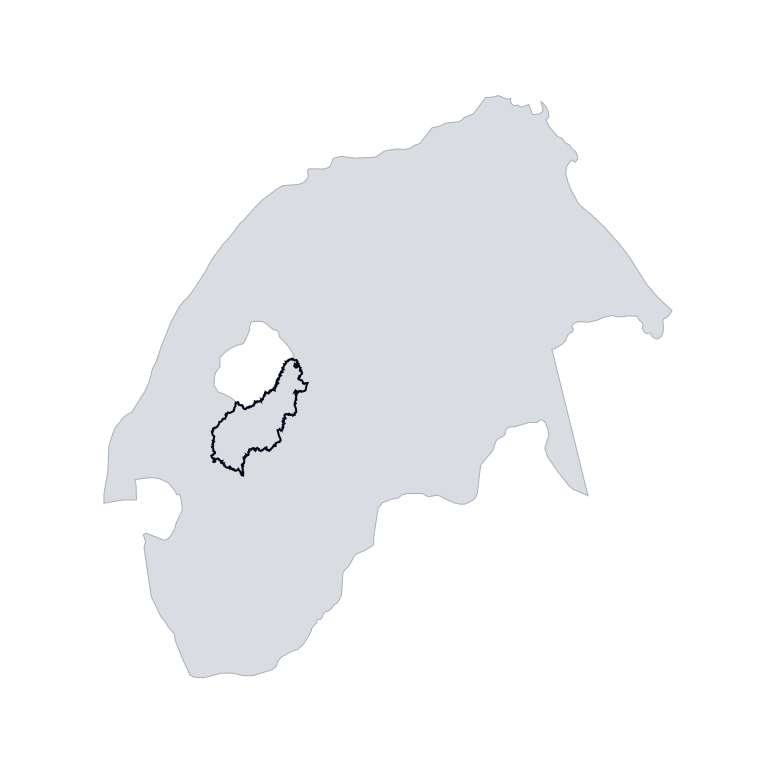 Thabo Mofutsanyane, Free State, South Africa shown in context, rotated 170°
{"feature_id": "47623444B5552574832417", "entity_name": "Thabo Mofutsanyane", "entity_type": "district", "adm_level": 2, "iso_a3": "ZAF", "parent_name": "South Africa", "parent_adm1": "Free State", "projection": "orthographic", "projection_center": [28.545, -28.29], "detail": "fine", "context": "in_parent", "style": "outline", "palette": "ink", "viewbox_px": 768, "rotation_deg": 170, "n_neighbors": 0, "source": "geoboundaries", "source_scale": "gbopen_adm2", "svg_char_len": 9783}
<svg xmlns="http://www.w3.org/2000/svg" viewBox="0 0 768 768"><g transform="rotate(170 384 384)"><path d="M543.5,122.1L563.9,119.5L573.0,121.1L583.9,125.7L594.2,127.4L611.5,126.1L617.5,126.9L622.2,128.5L625.6,131.0L630.2,148.4L634.1,167.1L633.9,173.1L634.5,175.4L639.2,183.4L640.9,188.4L643.7,192.5L649.4,212.5L650.1,216.0L648.8,264.1L646.3,269.9L647.1,277.5L644.2,278.4L627.6,268.3L624.6,268.6L619.8,272.1L615.3,277.6L613.2,282.4L604.5,295.2L603.7,303.4L604.3,310.5L607.1,310.8L609.0,316.0L613.5,324.1L621.1,329.5L628.2,332.0L638.1,332.9L646.0,332.9L645.7,327.4L647.9,312.9L661.0,315.1L680.5,315.2L678.8,324.7L671.1,346.1L665.8,370.3L659.7,382.4L656.3,387.4L646.7,396.1L641.7,398.9L637.6,399.8L621.3,417.6L615.2,426.2L609.6,438.8L604.3,445.7L596.4,460.5L582.8,482.3L571.4,496.6L566.4,500.8L563.0,502.6L554.1,511.0L541.6,524.4L532.1,536.3L518.0,549.8L509.8,555.8L497.7,567.5L494.3,569.3L480.7,580.2L470.9,586.9L455.2,594.8L448.9,597.0L433.8,595.3L427.6,596.5L422.5,601.2L422.2,607.9L420.0,608.9L406.1,606.2L400.5,606.9L397.3,610.5L394.8,615.1L386.9,615.6L372.7,611.4L356.1,609.2L352.3,609.1L344.4,612.8L341.7,613.5L330.0,613.2L323.4,611.4L317.3,611.7L312.7,613.7L307.0,614.6L292.3,627.9L284.4,628.3L277.6,630.2L265.4,629.3L261.8,630.3L258.4,632.7L250.2,634.2L247.2,636.2L234.2,648.5L228.4,647.7L221.2,648.1L212.6,642.7L209.5,643.3L210.1,641.5L210.1,638.2L206.9,635.2L203.7,635.6L201.8,633.1L196.9,633.2L192.9,634.3L191.1,624.0L189.1,623.1L184.2,623.3L181.8,623.8L180.8,624.9L179.7,627.4L180.4,634.7L178.5,632.7L176.1,628.5L175.0,623.9L175.2,618.3L178.7,615.9L176.9,609.1L170.0,597.5L166.2,595.2L162.8,589.3L159.8,587.3L158.2,583.1L155.1,579.9L153.6,574.5L154.8,571.2L157.0,569.3L159.7,571.8L162.6,570.4L166.5,566.1L168.5,559.9L167.7,550.2L166.5,544.3L161.6,529.0L159.6,525.6L150.8,515.2L140.3,501.1L126.5,478.6L119.6,465.0L108.4,437.3L99.4,421.9L88.8,407.8L87.5,406.9L88.7,404.9L93.3,401.0L95.4,399.8L96.7,400.1L97.7,399.0L98.6,396.6L98.9,391.2L100.7,385.3L102.5,382.7L106.7,380.7L110.3,382.5L111.8,384.4L112.7,387.1L114.3,388.3L116.6,388.0L118.4,389.5L119.7,392.8L119.7,395.3L118.5,397.0L118.9,399.0L120.9,401.4L123.2,406.8L132.4,408.8L137.5,408.7L142.3,409.7L147.1,411.8L154.5,411.7L164.6,409.6L173.2,409.5L180.0,411.4L184.9,411.4L187.7,409.7L188.9,407.4L188.2,404.5L189.6,402.6L192.9,401.5L195.4,399.2L197.2,395.4L201.7,392.2L208.9,389.4L212.6,389.2L202.5,238.5L216.6,247.9L220.0,252.5L227.4,266.2L235.2,283.1L236.8,291.5L236.6,293.3L230.4,305.2L230.5,310.9L231.7,317.4L233.5,320.6L235.6,321.6L240.3,319.6L247.6,320.9L261.6,319.3L268.6,319.8L270.3,319.1L271.8,317.6L273.5,313.6L275.0,312.2L281.4,310.1L284.2,307.6L288.5,299.5L301.9,288.3L303.4,285.7L311.1,260.1L313.6,256.3L317.4,253.8L325.1,251.6L329.7,252.4L334.7,254.4L340.3,257.8L348.8,264.3L351.7,265.3L360.0,265.2L365.2,269.6L380.7,272.1L385.2,271.8L389.9,269.2L397.9,269.1L406.3,267.2L411.4,262.6L420.8,234.8L421.8,228.7L422.9,227.0L431.0,223.7L440.9,221.2L443.0,219.9L449.1,212.1L457.1,205.6L462.6,183.5L466.2,178.3L468.5,176.1L470.0,176.0L472.1,174.6L474.8,171.9L478.0,170.2L481.7,169.5L484.2,167.7L485.3,164.8L487.2,163.3L489.9,163.4L491.5,162.4L491.9,160.5L498.0,155.7L498.2,153.8L501.7,149.1L508.6,141.7L515.1,137.6L521.2,136.8L532.5,133.0L536.5,129.5L539.1,124.7L543.5,122.1ZM524.4,447.3L533.9,443.6L541.0,438.7L542.6,429.7L548.1,424.3L550.1,419.1L551.6,412.1L548.5,404.6L544.0,402.4L536.0,396.0L532.5,391.6L527.6,388.0L524.2,383.6L518.6,385.0L510.0,388.6L504.7,391.8L500.2,395.7L492.1,398.5L484.7,410.7L482.3,413.5L476.5,422.4L468.0,426.9L467.9,428.5L470.8,435.7L474.8,442.9L478.9,448.7L478.8,452.4L480.2,455.2L483.9,457.1L490.1,464.4L493.2,466.8L502.6,468.4L504.0,468.0L506.5,463.6L506.9,460.5L513.1,451.0L515.8,448.1L524.4,447.3Z" fill="#d9dde1" stroke="#a8b0b8" stroke-width="1"/><path d="M565.6,337.0L565.1,336.6L564.2,336.6L563.4,337.3L563.3,338.3L563.7,338.6L563.5,339.1L560.5,339.5L559.9,339.1L559.8,338.1L559.0,337.6L558.3,336.5L557.8,336.4L558.0,336.2L557.7,336.0L558.0,335.7L558.1,335.1L557.7,335.1L557.5,334.6L557.1,334.9L557.3,334.4L556.6,334.3L556.3,333.4L555.5,333.5L555.8,332.9L555.7,332.2L555.5,332.4L555.1,332.0L554.9,330.5L553.6,329.1L552.7,329.0L552.6,328.7L552.2,328.6L552.2,328.9L550.4,328.9L550.3,329.5L550.0,329.5L549.8,329.0L550.3,328.3L550.1,328.1L550.2,327.2L549.2,327.5L548.4,326.5L548.2,326.8L547.9,326.5L547.7,326.8L547.8,326.4L547.5,326.1L547.3,326.6L546.9,326.5L546.5,326.2L546.1,324.6L545.0,324.3L544.5,324.6L543.8,324.5L542.2,325.7L541.7,324.0L541.1,323.4L540.6,322.1L540.0,322.0L540.7,321.2L539.9,320.0L540.1,319.0L539.5,318.7L539.1,319.8L538.5,319.0L537.8,321.9L538.1,323.1L537.9,324.6L538.1,326.0L537.1,327.1L537.3,327.4L537.7,327.5L537.3,328.3L538.1,328.8L538.0,329.3L536.7,329.2L536.7,330.1L535.6,330.4L534.9,332.8L535.2,335.1L535.1,335.9L533.9,335.3L533.5,336.8L533.0,336.5L532.9,337.0L531.7,337.2L531.9,338.3L531.2,337.7L530.0,337.6L529.5,338.5L529.6,340.4L528.6,340.5L528.3,341.0L528.6,341.7L528.2,343.0L528.5,343.2L526.0,342.9L526.0,342.5L524.2,343.7L523.4,343.3L524.0,342.8L523.2,341.7L523.0,342.1L522.5,341.8L522.1,340.7L521.4,341.4L521.5,342.4L520.5,342.5L520.0,343.1L518.4,341.7L518.7,340.5L517.0,339.4L516.0,340.1L515.0,339.8L514.7,340.3L512.6,341.4L512.1,340.9L511.8,341.9L510.8,342.1L510.5,339.0L509.7,338.7L509.7,339.0L509.3,338.7L509.0,339.1L508.5,339.0L508.3,338.4L507.4,339.1L507.0,339.1L506.4,340.0L505.2,340.5L503.6,342.3L503.5,341.8L501.7,341.8L501.9,342.6L501.6,342.5L500.8,343.8L501.1,344.2L501.0,344.6L498.5,345.1L497.1,344.9L497.1,345.6L495.5,346.3L495.6,348.3L496.4,351.1L496.8,357.0L495.0,357.0L494.6,357.7L493.8,356.9L493.7,356.2L492.9,356.3L492.7,355.9L492.5,356.4L491.9,356.8L491.5,358.1L491.2,358.0L490.7,359.1L491.2,359.2L490.4,359.9L490.7,361.5L488.9,362.3L490.2,363.8L490.4,364.9L488.9,365.0L489.2,367.5L488.7,367.7L488.0,366.9L486.9,367.1L487.6,370.2L487.2,370.8L486.9,370.5L485.9,371.5L484.4,370.8L483.8,371.1L483.5,370.1L482.8,370.1L482.7,371.1L482.3,371.1L481.4,369.7L479.4,369.8L479.3,368.7L477.1,369.2L476.9,371.0L476.4,370.7L475.3,371.6L475.0,375.5L475.8,378.8L474.3,380.2L475.2,380.9L473.8,383.5L473.1,383.6L473.0,384.5L473.4,384.6L473.2,385.3L472.4,385.7L473.1,385.7L472.3,387.4L472.8,387.8L472.5,388.7L473.0,389.0L472.7,390.2L471.7,391.2L472.5,392.1L473.3,391.8L472.3,393.1L471.3,392.0L471.0,391.3L471.2,390.1L470.9,389.8L469.4,391.6L469.1,391.2L468.3,391.6L467.8,391.4L467.2,391.7L466.6,391.2L466.6,390.7L463.6,390.9L462.3,391.5L460.3,396.6L459.1,398.3L461.8,398.5L462.5,397.9L463.7,398.7L463.5,399.8L464.3,402.1L465.5,402.1L466.8,403.5L467.3,403.5L467.5,404.1L467.2,404.7L466.4,404.6L465.7,405.5L466.2,405.8L466.2,406.5L464.8,407.0L464.4,407.6L463.2,408.2L462.7,408.9L463.1,409.5L462.8,410.3L463.5,411.0L463.2,411.8L464.5,411.8L463.8,414.2L463.4,414.4L464.4,415.5L464.3,416.8L464.7,417.0L465.0,416.6L466.7,416.8L466.7,415.8L467.8,415.3L469.3,417.2L468.3,419.3L466.3,417.5L464.6,418.8L465.6,419.9L466.1,420.0L465.2,421.1L465.9,422.6L466.2,422.5L466.5,422.9L468.1,422.7L468.9,424.2L470.0,423.9L470.4,424.2L470.5,424.8L471.0,424.8L471.6,424.2L472.8,424.6L473.4,424.4L473.4,424.1L474.0,423.5L474.2,423.9L474.7,423.9L475.1,423.6L475.2,423.0L475.9,422.7L476.9,423.0L476.7,422.2L476.9,421.5L477.7,420.8L478.9,421.0L478.7,419.7L479.5,419.2L480.1,418.0L481.1,417.7L480.4,416.1L481.4,416.4L481.5,414.8L482.8,414.2L482.1,413.3L483.1,413.1L483.4,413.4L483.6,412.7L484.3,412.6L484.7,412.0L485.2,411.7L485.5,411.1L484.8,410.8L484.5,410.9L484.6,410.5L484.3,410.2L485.0,410.0L485.6,409.1L486.4,408.6L486.6,407.8L487.2,408.0L487.8,407.7L487.9,407.2L487.3,406.6L488.5,406.4L488.5,405.7L489.0,405.8L489.1,404.7L488.8,404.3L489.5,404.5L490.0,404.1L490.0,403.6L489.4,403.3L489.2,403.5L488.8,402.9L489.9,402.8L489.8,402.1L490.4,401.9L490.2,401.6L490.3,401.1L491.3,401.4L491.4,400.6L491.1,400.2L491.7,399.9L491.7,398.9L492.2,398.4L492.5,398.6L492.4,398.3L492.6,398.5L493.1,398.4L492.9,398.2L493.2,397.5L492.9,397.3L492.8,396.7L495.0,397.7L495.6,397.3L495.5,397.0L495.9,397.4L496.3,396.9L496.9,397.6L497.6,397.5L498.0,396.6L497.6,396.3L497.8,395.9L498.7,395.9L498.7,395.2L499.0,395.2L499.4,394.7L501.3,396.1L501.2,395.8L501.5,395.6L502.7,395.9L502.8,395.4L502.5,395.1L503.6,394.4L503.4,393.4L504.3,393.3L505.2,391.4L505.9,390.9L505.9,390.2L506.3,390.4L507.0,389.5L507.3,389.8L507.2,389.3L507.6,388.8L508.2,388.9L508.2,388.3L508.7,389.0L510.0,388.3L511.7,389.1L512.5,388.8L512.6,388.2L513.5,388.8L513.4,388.5L513.9,388.3L514.2,388.7L515.0,387.8L514.8,387.1L515.6,386.6L515.7,386.2L516.1,386.2L516.1,385.4L518.0,385.2L518.6,384.6L519.1,384.9L519.7,384.7L519.9,385.1L520.5,384.4L520.7,384.8L521.1,384.5L521.4,384.8L521.7,384.5L522.1,384.8L522.5,384.5L522.9,384.7L523.7,384.3L524.0,383.6L525.1,383.2L526.2,384.0L527.0,385.1L526.7,386.2L527.1,386.5L527.0,387.3L527.8,388.0L528.8,387.8L530.7,388.9L530.9,389.4L530.5,390.3L530.8,391.5L531.1,391.6L531.6,391.1L532.5,390.8L533.1,391.4L533.8,390.4L534.0,388.1L535.6,386.5L535.7,385.3L536.5,384.6L536.3,384.3L536.8,383.4L541.2,382.2L542.6,383.1L543.9,381.6L544.2,382.1L544.8,382.2L545.5,381.1L544.6,380.1L546.7,377.3L548.2,377.8L549.4,377.2L549.3,376.5L551.3,375.1L552.7,375.3L553.6,373.0L555.1,371.8L555.3,371.0L557.7,370.0L558.0,370.5L560.2,369.8L560.4,369.1L559.9,368.7L560.5,367.5L561.8,367.2L561.8,365.7L561.5,365.6L561.7,365.1L561.6,363.6L560.2,361.8L561.0,360.5L560.9,359.7L561.5,358.5L562.5,358.1L562.3,357.6L561.7,357.3L561.9,357.0L561.6,356.7L562.2,356.5L562.9,355.6L562.6,355.3L562.8,354.1L563.4,354.0L563.0,353.3L563.2,352.7L564.4,352.0L564.2,351.5L563.7,351.5L563.9,351.2L563.4,350.3L563.7,347.5L563.1,347.4L562.3,346.3L562.3,345.5L562.6,345.0L563.3,345.1L564.0,344.7L564.6,343.7L565.2,344.0L566.0,343.3L566.5,343.3L566.3,341.8L565.5,340.5L564.7,340.1L564.3,340.3L563.8,339.9L563.8,339.3L564.6,338.8L563.5,338.2L563.7,337.8L564.1,337.9L565.6,337.0Z" fill="none" stroke="#020617" stroke-width="2"/></g></svg>